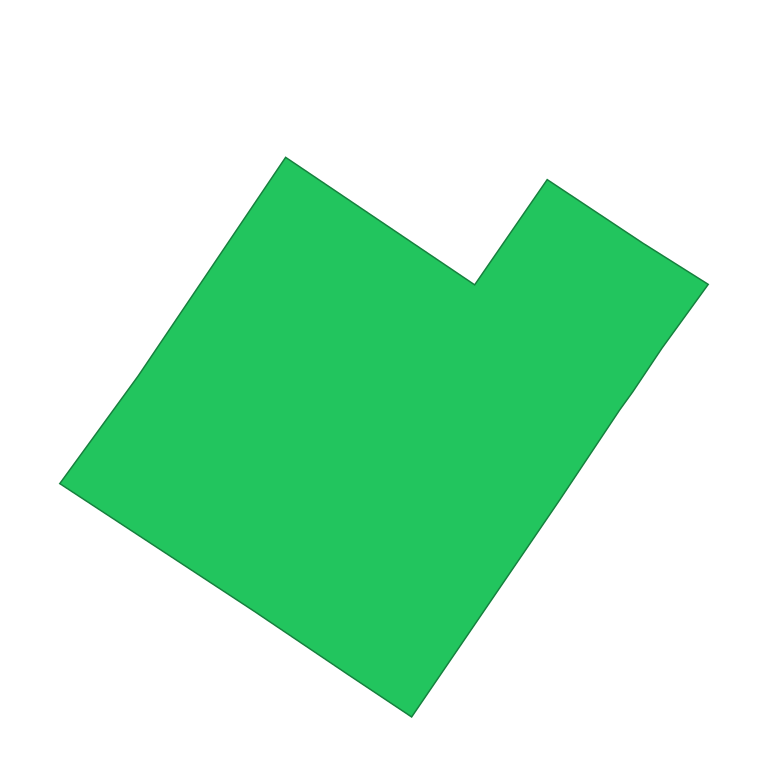 outline of Isanti, Minnesota, United States of America, rotated 304°
{"feature_id": "52423323B71710421504154", "entity_name": "Isanti", "entity_type": "district", "adm_level": 2, "iso_a3": "USA", "parent_name": "United States of America", "parent_adm1": "Minnesota", "projection": "robinson", "projection_center": [-93.264, 45.573], "detail": "fine", "context": "isolated", "style": "filled", "palette": "green", "viewbox_px": 768, "rotation_deg": 304, "n_neighbors": 0, "source": "geoboundaries", "source_scale": "gbopen_adm2", "svg_char_len": 351}
<svg xmlns="http://www.w3.org/2000/svg" viewBox="0 0 768 768"><g transform="rotate(304 384 384)"><path d="M120.1,170.9L123.0,402.9L123.0,517.7L123.4,593.1L385.0,594.5L494.6,593.9L516.7,594.6L569.1,594.4L647.9,597.1L645.5,519.6L644.7,405.0L516.9,403.7L516.9,175.7L253.2,175.7L120.1,170.9Z" fill="#22c55e" stroke="#15803d" stroke-width="1.5"/></g></svg>